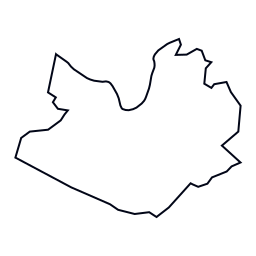 outline of Daviess, Kentucky, United States of America
{"feature_id": "52423323B15585181357982", "entity_name": "Daviess", "entity_type": "district", "adm_level": 2, "iso_a3": "USA", "parent_name": "United States of America", "parent_adm1": "Kentucky", "projection": "albers", "projection_center": [-87.088, 37.746], "detail": "fine", "context": "isolated", "style": "outline", "palette": "ink", "viewbox_px": 256, "rotation_deg": 0, "n_neighbors": 0, "source": "geoboundaries", "source_scale": "gbopen_adm2", "svg_char_len": 1121}
<svg xmlns="http://www.w3.org/2000/svg" viewBox="0 0 256 256"><path d="M15.4,157.6L71.3,187.4L110.1,204.3L118.1,209.8L134.7,214.0L149.2,212.2L156.5,217.0L168.8,207.5L190.6,183.3L192.7,184.4L198.2,186.8L207.4,183.7L212.0,177.4L226.7,171.5L231.6,166.4L240.5,162.5L221.9,145.6L238.3,131.6L240.6,105.7L230.9,92.1L226.5,82.0L214.2,84.2L211.4,87.9L204.3,83.7L205.8,68.3L211.3,62.2L205.3,60.3L201.7,50.7L196.8,48.9L186.7,54.6L175.8,54.9L180.9,44.7L179.0,39.0L169.7,42.8L167.1,44.1L158.3,50.4L154.9,54.4L153.8,56.6L153.4,58.5L153.5,59.6L154.2,61.3L154.5,63.3L154.6,65.6L154.3,67.7L152.3,73.0L151.4,75.9L149.9,84.8L149.0,88.5L146.1,96.7L145.2,98.9L144.1,100.8L141.9,103.3L141.6,103.6L136.5,107.6L133.0,109.2L128.7,110.2L125.6,110.0L122.5,109.0L121.7,108.2L120.4,105.5L118.7,98.3L117.0,94.0L112.6,86.2L110.6,83.5L109.3,82.4L108.3,81.9L106.0,81.4L102.5,81.8L94.1,80.7L90.2,79.5L87.0,78.1L73.9,69.3L71.0,66.6L68.8,63.8L68.4,63.2L66.7,61.8L56.1,54.3L56.0,54.2L48.0,92.4L55.8,97.4L52.9,102.2L57.9,108.8L67.8,110.4L64.5,114.5L60.7,120.4L48.1,129.7L29.8,131.6L21.2,137.9L15.4,157.6Z" fill="none" stroke="#020617" stroke-width="2"/></svg>